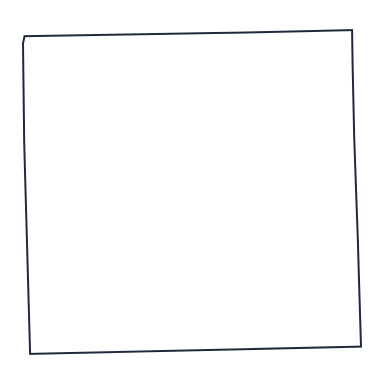 outline of Kendall, Illinois, United States of America
{"feature_id": "52423323B87948005575599", "entity_name": "Kendall", "entity_type": "district", "adm_level": 2, "iso_a3": "USA", "parent_name": "United States of America", "parent_adm1": "Illinois", "projection": "natural_earth1", "projection_center": [-88.396, 41.591], "detail": "fine", "context": "isolated", "style": "outline", "palette": "slate", "viewbox_px": 384, "rotation_deg": 0, "n_neighbors": 0, "source": "geoboundaries", "source_scale": "gbopen_adm2", "svg_char_len": 338}
<svg xmlns="http://www.w3.org/2000/svg" viewBox="0 0 384 384"><path d="M24.5,36.2L23.0,43.5L24.2,142.9L30.1,353.9L361.0,346.6L358.9,276.8L357.9,241.3L356.0,188.8L354.2,137.1L352.6,64.9L352.1,30.1L351.4,30.1L296.1,31.4L246.3,32.5L242.4,32.6L214.4,33.0L133.0,34.4L132.5,34.4L24.5,36.2Z" fill="none" stroke="#1e293b" stroke-width="2"/></svg>